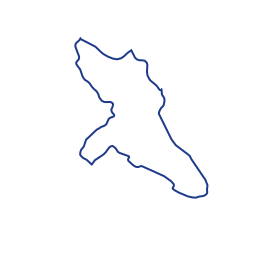 outline of Varaždinska, rotated 53°
{"feature_id": "HRV-1610", "entity_name": "Varaždinska", "entity_type": "County", "adm_level": 1, "iso_a3": "HRV", "parent_name": "Croatia", "parent_adm1": "", "projection": "natural_earth1", "projection_center": [16.282, 46.204], "detail": "fine", "context": "isolated", "style": "outline", "palette": "blue", "viewbox_px": 256, "rotation_deg": 53, "n_neighbors": 0, "source": "natural_earth", "source_scale": "10m", "svg_char_len": 2051}
<svg xmlns="http://www.w3.org/2000/svg" viewBox="0 0 256 256"><g transform="rotate(53 128 128)"><path d="M74.7,79.8L76.0,80.1L78.6,79.6L80.8,78.1L82.5,75.9L84.3,74.2L87.1,73.7L89.3,74.6L94.6,79.1L97.8,80.8L101.6,81.5L103.5,81.5L111.4,79.7L116.6,79.8L117.6,78.9L117.5,78.2L117.9,78.4L121.6,80.7L126.1,81.1L127.6,82.0L128.8,83.0L131.2,85.8L131.6,86.7L131.7,87.3L131.8,88.2L132.0,89.5L132.5,90.9L133.6,93.1L134.5,94.1L135.2,94.7L135.7,94.9L163.1,100.1L170.4,100.2L185.9,95.8L188.0,95.5L190.4,96.1L216.1,97.4L221.6,99.0L224.6,101.9L226.7,103.2L227.2,103.6L227.7,104.2L227.9,105.1L228.1,106.3L227.9,107.8L227.3,109.4L225.7,112.2L224.5,115.6L222.4,118.2L218.7,121.3L210.5,126.1L206.3,128.0L203.5,128.8L202.7,128.3L201.9,126.4L201.2,125.6L200.1,125.3L196.4,125.6L188.3,128.1L166.8,139.9L166.1,140.8L165.5,142.9L164.7,144.2L163.4,145.3L160.7,146.3L154.8,147.4L153.8,147.3L153.2,146.9L152.7,146.3L152.2,145.0L151.9,144.6L151.4,144.4L150.6,144.6L142.7,149.8L141.6,150.2L140.5,150.4L137.4,150.1L136.5,150.1L133.1,151.1L132.4,152.4L132.2,154.6L133.9,160.2L134.4,163.5L133.8,173.8L135.3,178.9L128.4,180.2L124.7,182.0L122.1,182.3L120.6,182.3L120.0,181.8L118.7,180.7L117.9,179.6L117.2,178.4L116.3,174.8L115.6,173.6L112.1,168.5L110.5,153.9L110.9,151.6L111.0,149.1L112.0,145.2L112.0,143.7L111.8,142.7L111.6,142.3L110.1,139.8L109.1,137.7L109.1,136.1L110.2,132.5L109.8,131.6L109.0,131.1L106.2,131.3L104.6,131.0L103.2,130.2L102.1,128.1L101.2,126.8L99.8,125.5L98.5,125.5L96.9,126.2L95.8,127.5L94.0,130.1L92.9,131.3L91.5,132.1L90.3,132.6L86.2,132.5L82.9,131.3L80.9,131.1L79.2,131.1L76.0,131.8L72.6,132.0L69.3,131.8L67.7,132.0L66.3,132.4L63.7,133.4L61.7,133.5L59.2,133.2L53.0,131.1L51.1,130.9L48.0,131.0L45.9,130.8L44.9,130.3L44.2,129.3L44.0,127.9L43.4,125.9L42.4,124.7L41.0,123.9L31.4,121.1L29.7,119.7L28.9,118.1L28.8,115.9L28.5,113.4L27.9,112.2L28.2,112.2L28.9,112.1L36.7,108.3L43.4,105.1L50.9,103.9L53.5,103.3L54.5,103.0L59.2,100.9L63.6,98.2L66.1,95.8L66.6,95.3L68.2,91.4L68.3,87.7L67.8,83.6L67.9,78.6L74.7,79.8Z" fill="none" stroke="#1e3a8a" stroke-width="2"/></g></svg>